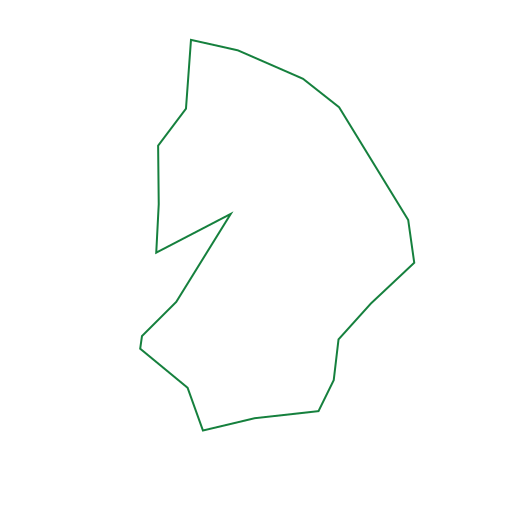 outline of Saint Mary, rotated 204°
{"feature_id": "ATG-5097", "entity_name": "Saint Mary", "entity_type": "Parish", "adm_level": 1, "iso_a3": "ATG", "parent_name": "Antigua and Barbuda", "parent_adm1": "", "projection": "natural_earth1", "projection_center": [-61.844, 17.05], "detail": "fine", "context": "isolated", "style": "outline", "palette": "green", "viewbox_px": 512, "rotation_deg": 204, "n_neighbors": 0, "source": "natural_earth", "source_scale": "10m", "svg_char_len": 429}
<svg xmlns="http://www.w3.org/2000/svg" viewBox="0 0 512 512"><g transform="rotate(204 256 256)"><path d="M403.3,427.0L356.2,436.5L285.1,437.0L240.6,425.7L131.6,350.8L108.7,314.2L131.7,259.4L146.7,213.4L134.5,174.2L135.8,139.7L191.2,107.3L233.5,75.0L264.9,107.8L324.1,124.2L327.6,136.5L310.2,181.6L296.2,284.2L348.5,218.5L365.9,263.7L390.3,317.0L379.9,362.1L403.3,427.0Z" fill="none" stroke="#15803d" stroke-width="2"/></g></svg>